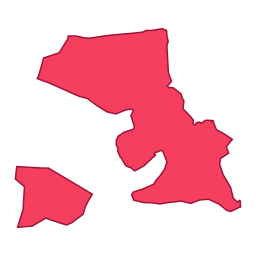 Al Misrakh, Ta`izz, Yemen (orthographic projection), rotated 180°
{"feature_id": "15242507B98966668539827", "entity_name": "Al Misrakh", "entity_type": "district", "adm_level": 2, "iso_a3": "YEM", "parent_name": "Yemen", "parent_adm1": "Ta`izz", "projection": "orthographic", "projection_center": [44.032, 13.47], "detail": "fine", "context": "isolated", "style": "filled", "palette": "rose", "viewbox_px": 256, "rotation_deg": 180, "n_neighbors": 0, "source": "geoboundaries", "source_scale": "gbopen_adm2", "svg_char_len": 3127}
<svg xmlns="http://www.w3.org/2000/svg" viewBox="0 0 256 256"><g transform="rotate(180 128 128)"><path d="M23.7,116.7L33.3,123.0L34.2,123.4L39.0,126.0L39.7,126.5L43.0,134.7L42.7,135.0L43.4,135.2L44.0,134.4L44.2,134.6L44.1,135.5L49.9,135.8L51.5,135.1L53.2,133.8L54.4,132.9L56.8,133.9L59.6,133.3L60.7,131.0L62.7,132.0L62.7,132.6L62.7,133.8L62.7,134.6L62.7,135.3L62.7,135.9L64.9,138.7L69.4,143.6L73.0,147.1L72.1,155.2L73.9,158.0L74.8,161.9L82.7,168.2L87.3,168.5L88.7,169.9L84.5,174.6L85.4,177.3L87.2,182.3L87.6,183.3L88.0,189.8L88.1,191.8L88.5,199.0L88.5,199.6L88.6,200.7L89.0,208.6L89.0,209.9L89.0,211.2L87.8,214.5L89.0,219.7L89.0,219.9L89.2,222.1L89.5,225.6L92.0,226.6L92.4,226.8L93.8,227.3L95.6,227.0L95.9,227.0L99.7,226.3L101.6,226.0L104.5,225.5L109.7,225.6L112.9,224.0L114.2,223.8L121.9,222.9L122.4,222.9L123.2,222.8L126.6,222.5L131.0,222.1L134.3,221.8L138.0,221.5L139.4,221.4L139.5,221.4L147.5,220.6L147.9,220.6L157.2,219.2L164.1,218.1L165.7,217.9L165.8,217.9L166.0,217.9L167.8,217.9L170.4,217.9L174.5,218.8L175.2,218.9L175.4,219.0L177.6,219.4L180.0,220.0L180.4,220.0L184.9,220.0L187.9,220.0L187.9,217.6L189.9,214.4L191.5,211.8L196.9,203.2L206.4,200.0L212.4,198.0L214.9,188.8L217.5,179.7L218.8,177.4L211.7,174.8L210.5,174.4L209.6,174.0L207.7,173.3L207.3,173.2L205.7,172.5L192.8,166.8L189.7,165.4L185.1,163.3L176.8,159.7L168.5,157.5L165.1,154.9L159.3,150.6L157.9,149.7L152.6,146.4L148.9,144.1L147.5,143.8L145.3,143.3L144.6,143.1L140.1,142.1L133.2,144.9L131.2,145.6L130.2,146.0L129.6,146.2L124.5,146.9L122.5,145.2L125.1,140.5L123.6,135.8L123.1,134.3L121.6,129.5L121.7,129.0L121.9,127.9L123.5,126.4L124.9,126.0L131.5,123.9L132.2,123.7L132.5,123.4L133.0,123.0L135.7,121.2L137.5,120.0L138.1,118.9L139.0,117.2L139.7,116.0L139.7,111.1L139.3,110.2L138.2,108.1L138.0,107.7L137.9,107.7L138.2,105.8L138.3,105.1L137.2,102.4L136.0,99.5L135.7,98.9L134.7,97.9L131.3,91.9L129.3,89.8L124.5,87.9L121.4,85.1L115.7,88.1L111.9,90.3L106.5,95.4L105.3,96.3L104.3,97.5L104.2,97.6L104.0,97.9L100.8,100.4L100.6,101.1L100.9,101.4L101.4,100.9L101.8,101.5L101.4,103.4L97.7,104.3L96.9,105.0L94.5,105.7L92.8,103.8L90.9,99.2L90.6,98.6L90.5,98.3L90.2,97.5L90.2,97.3L89.0,93.6L89.3,93.3L91.4,86.8L92.7,85.0L95.9,80.3L97.1,78.9L99.8,76.0L102.1,71.9L111.8,67.6L113.1,67.0L122.4,64.1L123.3,62.9L124.3,61.5L124.3,61.3L123.9,60.1L122.3,55.9L120.0,55.3L113.0,53.6L112.2,53.4L104.1,53.2L96.1,52.0L89.6,53.2L87.6,53.5L82.1,54.1L74.7,54.9L65.2,52.6L56.4,56.0L50.6,56.5L47.4,56.8L47.3,56.7L43.5,54.9L37.5,52.2L37.0,52.0L34.2,49.7L29.1,45.5L28.3,45.3L25.3,44.6L24.7,44.8L23.2,45.5L16.6,48.8L15.4,49.0L15.8,55.2L16.5,55.6L18.7,53.9L22.7,57.8L25.5,68.7L27.3,71.9L28.1,73.2L30.5,77.3L30.7,77.7L32.2,80.2L32.6,81.0L32.9,81.5L33.0,81.7L33.1,81.9L33.7,83.9L34.3,85.4L35.8,90.2L36.5,92.2L36.4,92.4L36.1,93.9L36.1,94.3L35.9,94.8L35.4,97.6L33.0,99.1L30.3,100.9L28.2,102.4L27.3,102.7L29.7,109.3L23.7,116.7ZM239.3,89.4L240.6,77.0L231.5,69.3L232.5,53.9L232.8,46.8L238.4,28.7L223.9,29.9L210.4,37.8L193.8,32.3L189.1,31.1L184.0,33.4L172.9,41.8L170.4,49.8L168.1,54.4L163.7,61.8L202.2,84.7L207.5,87.9L213.0,87.9L239.3,89.4Z" fill="#f43f5e" stroke="#9f1239" stroke-width="1.5"/></g></svg>